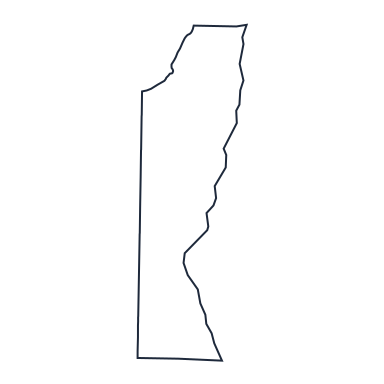 Boyd, Nebraska, United States of America, rotated 271°
{"feature_id": "52423323B94496546276547", "entity_name": "Boyd", "entity_type": "district", "adm_level": 2, "iso_a3": "USA", "parent_name": "United States of America", "parent_adm1": "Nebraska", "projection": "robinson", "projection_center": [-98.692, 42.88], "detail": "fine", "context": "isolated", "style": "outline", "palette": "slate", "viewbox_px": 384, "rotation_deg": 271, "n_neighbors": 0, "source": "geoboundaries", "source_scale": "gbopen_adm2", "svg_char_len": 1205}
<svg xmlns="http://www.w3.org/2000/svg" viewBox="0 0 384 384"><g transform="rotate(271 192 192)"><path d="M360.1,243.7L358.3,233.5L358.4,190.8L354.9,190.0L352.7,189.1L351.3,188.3L350.4,187.4L350.0,186.9L349.1,185.1L348.4,184.2L346.8,182.9L345.5,182.0L341.3,180.0L335.2,177.5L331.3,175.2L326.7,173.5L323.7,172.0L319.2,169.3L317.2,169.3L315.6,169.5L314.3,170.5L313.3,170.9L312.5,171.0L310.9,170.5L310.3,169.9L309.9,167.9L309.4,167.4L308.1,166.5L305.8,164.3L304.7,163.9L302.7,162.5L298.6,155.6L294.5,149.3L292.7,144.9L291.7,140.3L268.2,140.4L266.9,140.3L233.4,140.4L232.8,140.3L205.7,140.4L197.9,140.4L184.9,140.4L176.9,140.4L150.1,140.5L149.0,140.4L143.3,140.4L128.2,140.4L114.7,140.4L107.1,140.4L106.9,140.4L86.6,140.4L85.9,140.4L66.8,140.4L65.8,140.3L61.5,140.4L57.9,140.3L45.9,140.5L32.1,140.4L25.1,140.5L25.1,181.1L23.9,224.9L41.1,216.9L51.1,214.1L60.4,208.6L69.5,207.5L80.7,202.3L94.7,199.5L108.8,189.2L120.9,184.8L130.7,185.8L154.1,207.9L157.8,208.9L171.2,206.9L178.9,213.7L186.3,216.2L198.3,214.6L217.1,225.3L229.6,225.6L235.9,222.9L261.7,235.6L274.1,234.8L280.2,237.9L294.5,238.5L304.4,241.5L320.9,237.4L340.8,240.9L347.6,239.6L360.1,243.7Z" fill="none" stroke="#1e293b" stroke-width="2"/></g></svg>